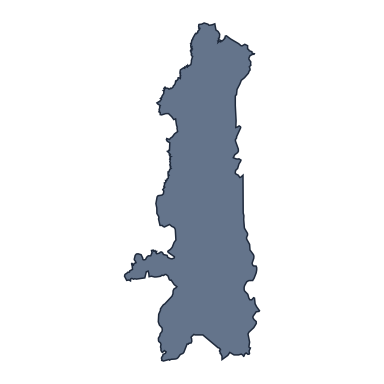 Puebloviejo, Los Rios, Ecuador
{"feature_id": "8360857B21283646614979", "entity_name": "Puebloviejo", "entity_type": "district", "adm_level": 2, "iso_a3": "ECU", "parent_name": "Ecuador", "parent_adm1": "Los Rios", "projection": "natural_earth1", "projection_center": [-79.56, -1.537], "detail": "fine", "context": "isolated", "style": "filled", "palette": "slate", "viewbox_px": 384, "rotation_deg": 0, "n_neighbors": 0, "source": "geoboundaries", "source_scale": "gbopen_adm2", "svg_char_len": 5979}
<svg xmlns="http://www.w3.org/2000/svg" viewBox="0 0 384 384"><path d="M161.5,358.8L161.9,359.3L161.7,360.4L163.5,361.0L169.0,359.5L169.5,360.1L171.1,359.3L175.3,359.0L176.8,358.6L178.0,357.7L180.3,354.5L182.9,353.4L183.8,352.4L187.1,344.0L188.4,344.1L188.7,343.4L191.2,342.9L191.8,341.3L191.6,338.7L191.1,337.6L191.3,336.8L193.9,334.4L194.9,334.9L202.8,334.9L218.0,347.7L218.8,347.8L220.0,348.8L220.5,349.8L219.6,350.3L219.5,351.1L220.2,352.3L220.2,353.5L220.8,353.7L222.0,356.2L222.0,359.6L227.8,355.4L229.8,352.4L234.0,354.9L238.6,354.9L241.3,354.1L242.7,355.0L243.6,356.3L244.0,356.1L244.7,354.2L246.1,353.0L247.9,354.3L249.0,354.2L249.5,353.6L249.1,351.0L250.4,348.0L249.2,347.4L248.9,346.7L249.6,342.1L248.0,334.0L248.8,332.3L253.8,327.6L256.3,323.5L256.2,321.5L254.0,319.6L252.9,317.6L253.0,316.4L256.2,311.8L259.0,311.4L259.5,310.7L256.7,306.9L255.1,303.8L254.5,298.1L253.6,297.7L251.7,299.8L249.9,299.8L248.9,298.2L247.8,294.3L244.6,291.0L244.2,289.9L244.1,287.7L244.5,285.8L246.7,281.8L248.8,280.6L252.7,280.5L254.1,278.2L256.2,272.8L256.7,269.9L256.7,267.7L256.1,266.1L253.5,265.9L252.9,265.4L252.3,264.0L252.1,263.2L253.8,258.2L253.9,256.1L253.4,254.6L250.0,250.0L249.6,244.4L246.6,239.0L246.6,237.2L247.6,235.0L247.5,233.4L244.4,228.1L243.7,219.5L243.9,215.7L243.2,213.0L243.0,175.2L240.8,177.2L239.8,177.5L238.2,175.1L236.1,174.1L235.2,173.1L235.6,170.4L237.6,168.5L239.0,163.8L240.4,161.7L241.0,160.1L238.9,158.8L238.3,159.1L236.1,158.9L233.3,157.7L234.8,154.7L237.6,152.6L238.4,151.1L238.3,149.0L235.5,141.2L235.4,139.7L236.6,137.9L236.5,136.9L240.7,127.7L240.5,126.8L239.1,125.9L237.7,126.9L235.8,127.5L236.1,120.9L235.3,105.6L235.3,96.2L235.6,95.4L236.5,94.7L237.0,89.5L239.9,83.9L241.3,80.3L244.5,77.7L248.4,73.2L249.1,71.2L250.1,70.0L249.9,68.3L249.3,66.8L250.9,65.2L250.6,63.9L250.8,61.9L249.0,59.4L248.9,58.1L250.0,55.7L252.7,54.3L254.0,54.3L254.3,53.7L252.2,53.4L251.9,51.7L249.2,50.7L248.7,49.6L247.6,48.9L247.6,45.7L244.8,44.3L242.2,45.8L241.1,45.8L238.7,43.7L230.5,38.9L226.4,35.8L225.3,36.1L224.9,38.2L224.5,38.2L224.4,38.8L222.3,40.9L221.4,40.7L221.0,41.4L220.3,40.5L220.2,41.6L219.5,41.2L218.1,42.4L218.3,41.6L217.9,41.1L218.6,40.9L218.4,40.2L218.8,39.5L218.5,38.3L219.4,37.7L219.7,34.2L218.1,31.5L215.9,29.9L214.8,23.8L212.1,24.8L209.0,25.3L208.0,24.2L204.1,23.0L201.6,24.2L199.1,24.4L198.8,24.7L198.6,26.9L198.9,27.7L199.6,28.1L199.0,28.5L199.6,29.0L199.3,29.9L198.7,30.1L197.8,31.4L197.7,32.7L197.0,32.9L196.4,33.7L195.7,33.4L195.0,34.3L192.7,38.5L192.6,39.6L191.8,40.1L191.4,43.0L190.7,43.4L191.3,44.1L190.7,45.0L190.9,47.0L191.0,47.3L191.8,46.9L191.4,48.6L192.1,48.4L192.4,48.9L191.7,49.3L191.7,50.1L191.0,49.9L190.4,50.9L191.3,51.9L191.0,52.8L191.8,53.8L191.2,54.8L192.0,56.1L192.6,56.4L191.4,60.4L191.4,62.1L190.8,64.6L188.4,66.1L187.8,65.3L187.6,66.2L186.7,65.9L187.0,66.9L186.3,66.5L185.3,67.3L184.8,66.9L184.4,67.5L184.5,68.3L183.4,67.9L180.4,69.9L180.0,72.0L180.4,72.4L179.9,73.1L180.4,73.6L180.2,75.0L180.6,75.5L180.1,76.1L180.5,76.8L180.3,78.5L178.9,77.7L178.1,77.8L177.9,79.3L177.3,80.2L176.3,80.5L176.1,81.4L175.6,81.2L175.2,83.6L174.0,85.5L173.4,85.9L172.9,87.3L171.3,88.5L170.4,88.2L169.9,88.9L168.9,89.1L168.3,88.5L166.9,88.1L165.6,88.4L165.3,87.2L164.8,87.2L163.8,88.7L164.4,89.4L164.2,90.5L163.3,90.6L163.9,91.3L163.7,93.6L161.9,96.3L161.9,97.2L160.5,98.4L161.3,98.8L161.4,99.4L160.1,100.7L159.9,101.5L159.0,101.6L156.9,102.9L157.8,104.0L160.3,105.6L159.6,106.7L159.8,107.3L159.1,109.9L159.5,111.0L158.9,111.8L160.2,112.5L160.2,114.6L161.6,114.9L165.7,113.6L168.5,113.6L171.7,116.7L173.8,119.6L175.6,118.9L176.5,125.2L177.2,127.1L177.0,128.2L177.6,131.6L174.5,133.9L172.4,136.8L170.4,138.2L169.5,139.5L166.8,138.5L166.4,139.7L167.3,141.3L169.8,142.7L169.5,149.7L169.0,150.1L169.3,150.6L167.4,151.3L170.3,154.4L169.9,154.8L170.0,155.5L169.6,155.4L170.3,156.6L170.8,156.7L170.1,157.1L170.3,158.1L169.9,158.3L170.3,159.1L169.9,159.4L170.3,159.7L169.8,161.7L170.5,163.0L169.8,164.8L170.4,165.2L170.1,165.9L170.7,166.5L170.3,167.1L170.4,167.9L171.1,168.3L169.8,169.4L168.8,171.9L168.1,171.9L168.0,174.2L169.0,175.2L168.1,175.8L168.4,176.6L168.2,178.3L166.9,179.2L167.0,179.9L166.6,180.5L165.6,180.5L165.9,181.6L165.4,182.7L164.4,182.9L164.6,184.4L163.8,186.8L164.7,187.2L162.7,189.6L163.8,191.0L163.4,193.8L161.9,195.1L158.1,195.7L157.1,196.9L155.9,203.6L156.8,208.0L156.9,213.5L158.6,216.4L158.9,217.9L158.5,218.8L160.0,225.4L162.3,225.5L163.2,226.5L164.4,227.0L169.5,224.5L172.0,226.5L173.7,227.2L174.7,228.2L175.3,229.7L175.9,240.0L174.1,242.4L172.2,247.3L170.4,249.4L168.0,251.0L167.8,251.5L168.2,252.4L174.4,256.7L174.3,257.9L172.0,258.9L170.1,258.5L167.8,257.4L167.1,255.4L163.4,254.5L162.9,253.2L161.7,252.0L160.3,252.1L159.6,253.0L156.9,253.8L155.9,252.8L156.6,251.4L155.6,251.3L155.0,250.6L154.3,251.3L153.7,251.2L153.2,250.1L151.5,250.5L152.0,252.7L150.7,255.8L148.3,255.8L146.8,257.1L145.6,259.3L144.7,259.8L143.3,259.8L142.7,259.1L142.8,258.2L141.1,254.7L138.1,253.8L136.4,254.0L135.2,255.4L134.3,259.0L134.3,259.8L135.4,261.2L136.0,262.7L134.1,263.5L133.4,265.2L132.8,264.9L132.2,263.5L131.9,263.4L131.6,263.8L132.2,266.1L132.5,269.4L129.8,270.8L129.4,272.1L127.6,272.3L126.7,273.4L125.5,274.0L124.9,274.6L124.5,276.2L126.7,280.4L129.0,280.0L130.5,280.9L130.7,278.9L131.8,278.4L133.6,279.2L134.8,278.7L136.3,279.1L144.8,277.9L146.3,271.8L148.1,271.1L148.8,273.5L149.1,276.7L151.4,276.2L154.6,277.0L156.6,276.9L160.5,276.3L161.9,275.2L163.5,275.5L165.0,274.5L166.1,274.5L168.0,276.0L169.3,279.6L170.3,280.3L171.2,280.1L174.2,284.6L176.9,286.7L176.1,287.7L173.9,289.0L173.1,290.9L173.0,293.7L172.0,296.2L164.5,304.2L163.5,304.6L161.5,307.3L160.4,309.0L160.5,310.2L158.7,314.3L158.3,321.8L159.4,325.0L162.0,327.9L162.3,329.8L162.0,331.5L160.2,333.7L159.8,335.9L158.4,338.1L158.5,340.7L158.8,341.5L160.4,342.8L161.0,344.4L160.5,347.0L161.0,348.7L160.9,350.2L161.7,351.9L162.5,352.4L164.4,350.6L166.1,351.9L165.4,353.3L163.1,354.4L162.6,356.1L161.6,357.4L161.5,358.8Z" fill="#64748b" stroke="#1e293b" stroke-width="1.5"/></svg>